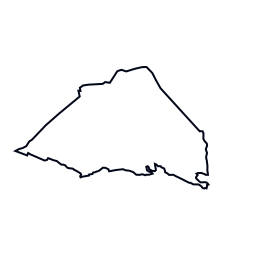 Guerrou, Assaba, Mauritania, rotated 292°
{"feature_id": "47542326B49231245131640", "entity_name": "Guerrou", "entity_type": "district", "adm_level": 2, "iso_a3": "MRT", "parent_name": "Mauritania", "parent_adm1": "Assaba", "projection": "equal_earth", "projection_center": [-12.078, 16.876], "detail": "fine", "context": "isolated", "style": "outline", "palette": "ink", "viewbox_px": 256, "rotation_deg": 292, "n_neighbors": 0, "source": "geoboundaries", "source_scale": "gbopen_adm2", "svg_char_len": 1792}
<svg xmlns="http://www.w3.org/2000/svg" viewBox="0 0 256 256"><g transform="rotate(292 128 128)"><path d="M114.6,219.7L118.5,217.4L122.5,215.9L127.1,213.4L128.2,212.6L128.8,212.1L130.4,211.3L134.5,210.6L137.3,208.2L139.0,208.0L141.2,208.0L143.2,206.8L144.4,204.2L146.2,201.9L151.3,200.0L152.9,198.4L152.2,196.4L151.8,195.7L177.0,143.3L182.9,135.9L188.1,129.9L191.5,122.3L189.7,118.2L185.5,112.2L179.8,105.2L179.5,100.2L176.8,96.9L175.6,96.6L167.1,95.0L163.1,94.2L162.0,89.6L159.5,88.1L153.2,74.8L150.6,70.4L147.3,68.3L144.5,70.0L144.0,68.1L139.1,71.4L115.6,58.7L99.7,50.7L81.2,43.4L78.6,41.5L73.1,40.5L69.9,37.8L67.5,34.7L64.5,32.2L64.8,44.8L67.4,44.8L67.0,47.5L66.6,62.9L68.2,64.9L70.1,65.2L70.2,68.0L70.2,70.8L70.7,74.3L69.1,79.7L69.8,81.9L69.8,83.9L68.5,86.4L68.6,88.3L69.6,91.8L69.3,93.7L69.1,92.8L69.0,95.7L68.1,101.2L67.2,102.0L65.4,101.7L64.5,102.5L65.6,103.7L69.3,109.6L70.3,109.4L72.1,112.3L73.5,112.3L74.8,114.1L77.7,117.3L81.8,119.6L82.6,122.0L82.4,125.3L80.8,126.8L84.5,132.5L87.9,138.8L87.9,141.7L88.9,145.2L89.1,149.1L87.8,153.2L88.8,156.1L90.5,158.7L90.7,161.8L91.5,162.4L92.5,164.9L94.9,167.9L95.7,166.5L95.5,163.2L96.0,161.4L96.8,160.9L98.9,159.5L99.9,160.5L99.4,161.9L97.8,163.0L97.3,166.3L98.1,169.1L99.6,169.6L102.2,167.9L104.8,166.4L104.8,167.9L103.8,170.1L104.8,172.6L104.1,173.6L104.0,176.7L101.9,178.5L100.9,179.0L100.7,181.4L99.9,183.7L101.6,187.6L101.2,190.9L100.9,196.2L100.1,205.2L100.6,206.5L100.2,209.6L102.1,214.7L101.6,217.2L101.3,218.1L100.3,219.7L100.3,220.3L100.6,221.4L101.4,222.0L101.4,223.4L103.5,223.2L104.7,222.6L105.7,223.8L106.5,222.4L106.9,221.0L106.3,219.0L104.8,215.8L105.1,214.3L106.8,210.1L107.8,209.5L110.4,210.2L111.3,208.6L112.4,209.7L113.8,212.8L113.9,216.4L113.7,217.8L114.6,219.7Z" fill="none" stroke="#020617" stroke-width="2"/></g></svg>